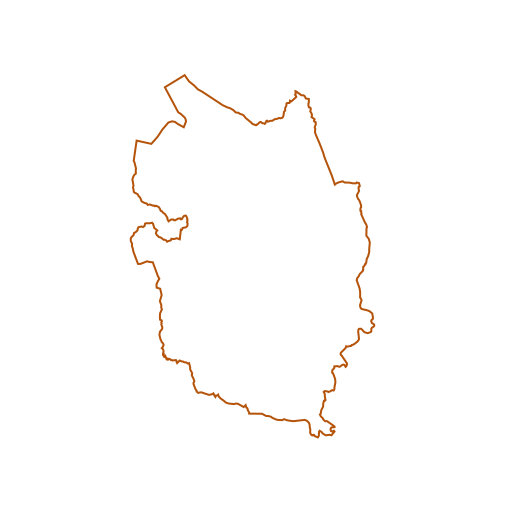 Fianarantsoa I, Haute Matsiatra, Madagascar (Equal Earth projection), rotated 159°
{"feature_id": "10022922B21478747844721", "entity_name": "Fianarantsoa I", "entity_type": "district", "adm_level": 2, "iso_a3": "MDG", "parent_name": "Madagascar", "parent_adm1": "Haute Matsiatra", "projection": "equal_earth", "projection_center": [47.084, -21.453], "detail": "fine", "context": "isolated", "style": "outline", "palette": "amber", "viewbox_px": 512, "rotation_deg": 159, "n_neighbors": 0, "source": "geoboundaries", "source_scale": "gbopen_adm2", "svg_char_len": 6111}
<svg xmlns="http://www.w3.org/2000/svg" viewBox="0 0 512 512"><g transform="rotate(159 256 256)"><path d="M280.6,446.2L277.1,418.0L275.4,415.8L272.9,410.7L272.7,409.4L273.1,406.7L277.3,402.1L281.4,406.9L283.6,410.2L286.0,411.8L290.0,412.0L298.1,407.6L305.1,402.6L313.5,398.2L326.1,406.5L336.1,388.6L335.9,386.9L336.7,380.6L337.4,379.5L338.7,375.9L340.2,375.5L342.0,374.2L343.9,371.9L345.2,365.5L346.4,363.8L346.5,362.0L347.1,359.6L346.4,358.4L344.4,356.2L344.1,353.9L343.4,352.5L343.2,351.4L343.2,348.0L340.9,345.3L339.3,344.3L338.8,342.5L336.7,342.2L334.3,340.0L333.4,339.9L332.6,338.7L331.4,338.8L329.3,336.6L328.8,334.7L328.8,332.7L328.6,332.1L327.9,331.7L327.3,329.8L325.9,327.7L325.0,323.4L325.5,322.2L325.2,319.7L322.0,320.5L320.0,319.6L319.7,318.7L318.7,318.3L315.7,318.8L314.2,318.6L313.3,318.2L313.2,317.3L312.4,317.0L311.6,317.2L311.1,317.9L308.9,319.2L307.5,319.1L306.9,318.7L306.7,315.6L307.3,314.6L307.1,314.2L307.7,312.8L308.3,312.4L308.2,310.7L309.4,308.6L311.1,307.9L314.5,308.5L315.5,307.2L316.4,306.8L316.8,307.3L321.2,298.9L323.6,301.0L326.4,301.2L328.8,302.4L329.5,301.4L330.6,301.1L332.0,301.4L333.9,301.2L334.1,302.5L335.8,304.2L336.5,304.3L337.8,306.7L338.7,307.8L339.9,308.5L340.5,310.2L341.1,311.0L341.3,313.0L340.4,314.4L339.0,315.3L340.9,318.6L340.6,323.1L341.1,324.3L343.3,324.6L347.2,326.1L348.1,325.9L349.2,324.0L351.1,323.5L352.1,324.5L355.4,325.0L356.7,323.8L357.1,322.8L357.7,322.3L360.0,321.3L361.5,321.3L362.8,319.4L365.6,318.2L366.7,317.2L367.5,314.8L367.3,311.8L368.3,309.8L368.3,307.3L368.9,304.2L369.0,290.9L366.6,290.0L359.6,290.1L357.9,288.8L354.6,287.1L354.8,272.4L354.4,269.4L356.7,267.6L359.0,265.3L360.1,262.1L357.2,259.8L358.1,253.3L361.9,248.3L362.0,244.1L363.0,241.6L363.0,239.8L366.0,237.0L367.3,234.3L368.4,230.9L367.2,229.8L367.2,228.8L368.1,228.1L368.3,226.8L368.9,226.1L369.0,223.1L369.7,221.6L372.7,219.8L374.4,217.1L375.0,212.8L374.8,209.3L374.1,207.8L374.1,206.1L376.0,204.2L377.0,203.7L376.2,202.1L376.3,200.5L377.2,199.2L377.1,198.3L377.8,198.1L378.3,197.2L377.8,196.0L376.8,196.1L376.4,195.6L376.6,195.0L377.9,195.0L377.8,194.5L376.6,194.0L376.1,193.1L375.9,192.5L376.5,192.3L376.5,191.5L375.4,190.7L374.3,191.3L373.5,190.9L372.6,189.2L372.0,189.1L371.6,188.5L368.0,187.5L367.8,186.5L368.1,185.8L368.0,184.3L364.7,185.8L363.3,184.3L362.0,183.7L361.0,182.4L359.4,181.8L358.2,180.0L356.9,180.0L357.3,175.8L358.1,173.8L357.6,169.6L358.0,168.5L358.5,168.2L358.7,167.3L358.3,163.3L358.4,161.6L358.7,160.8L359.7,160.1L360.2,158.9L360.2,153.2L359.7,151.5L360.0,150.8L359.1,149.0L356.0,148.4L349.7,143.2L346.9,142.7L345.0,143.0L344.8,140.2L344.4,139.0L343.4,140.1L341.7,139.6L341.1,140.0L341.1,138.0L340.1,135.7L338.0,132.5L336.6,129.9L334.6,128.2L329.6,125.6L327.8,125.5L325.9,124.6L321.6,119.4L319.1,120.5L319.3,117.9L318.7,117.2L318.6,116.3L318.9,115.2L318.5,112.1L318.9,111.3L307.0,106.6L303.8,103.0L301.5,102.0L299.7,100.6L298.6,98.9L295.4,95.8L294.0,95.0L290.5,93.4L288.3,93.6L285.7,91.4L280.6,88.5L269.2,85.5L267.7,84.2L266.4,81.5L266.4,79.4L267.2,76.8L267.4,74.8L268.8,71.5L268.5,69.4L267.9,68.5L267.4,68.2L267.2,68.5L266.4,68.5L265.9,68.1L265.6,66.7L263.3,64.5L261.8,65.6L260.2,69.2L259.3,70.0L258.0,68.5L257.5,67.2L257.5,66.6L255.2,63.6L251.3,62.7L249.8,61.6L245.6,64.0L245.9,65.0L247.9,64.9L248.7,65.7L248.6,67.3L247.8,68.5L246.9,68.9L244.0,68.1L243.8,68.8L248.9,76.4L250.6,76.9L251.8,79.3L251.7,80.2L253.0,83.2L253.1,85.1L252.4,85.2L250.2,88.8L247.4,91.2L246.1,94.1L244.8,96.1L244.5,96.4L243.8,96.1L243.3,96.9L242.7,96.8L242.0,100.5L241.2,102.7L241.5,104.8L240.4,105.3L239.5,104.9L237.4,103.7L237.2,103.1L235.5,103.0L233.1,103.5L231.8,102.6L231.2,102.9L230.1,104.3L230.0,105.0L227.1,109.7L226.2,112.9L226.1,117.6L226.3,119.4L226.6,119.5L226.6,120.0L225.8,121.9L223.1,123.4L222.4,124.9L219.4,124.0L218.1,122.8L217.4,122.6L214.5,123.4L213.2,123.3L212.4,122.5L212.1,120.4L211.0,120.8L209.8,122.5L209.6,123.2L211.7,132.4L212.2,133.1L212.0,134.6L211.4,135.3L205.5,137.9L204.2,139.4L203.5,138.7L199.2,138.0L198.6,138.6L196.9,138.4L195.3,138.7L192.1,139.7L190.3,140.8L189.5,141.8L187.7,148.8L187.0,150.2L186.0,151.1L183.9,150.4L182.1,146.0L179.3,143.9L176.0,143.9L175.3,144.4L174.4,146.8L173.5,147.5L171.2,148.0L170.6,148.5L170.3,149.3L170.5,150.1L171.8,151.8L171.8,153.9L171.4,154.6L169.3,155.5L168.7,157.3L168.1,160.7L169.6,163.5L171.3,165.2L176.5,168.8L177.0,170.8L176.5,172.8L173.3,176.9L173.3,178.5L173.7,179.8L171.7,185.0L170.9,188.6L170.7,197.3L169.3,199.2L167.6,200.1L165.7,201.9L161.3,204.0L161.2,204.7L160.7,205.0L159.9,207.4L158.6,207.8L157.2,209.2L156.8,209.0L156.3,209.9L155.6,210.1L153.7,213.5L151.2,215.9L148.7,219.4L148.2,221.1L144.9,227.9L144.6,231.6L145.7,235.4L142.9,242.3L142.0,243.2L141.8,246.0L142.3,248.5L142.8,257.5L142.2,258.1L141.9,259.8L142.2,260.4L141.8,260.6L142.1,261.8L140.9,263.6L140.5,263.7L139.7,265.7L139.6,269.7L139.8,271.6L140.2,272.6L140.3,275.5L139.9,276.8L136.7,279.6L136.3,280.4L136.2,281.9L135.5,283.6L134.1,284.0L133.7,287.1L135.5,288.5L136.5,288.0L139.5,289.1L142.6,291.1L146.9,292.8L148.3,294.7L152.3,295.1L155.0,295.0L156.8,294.4L156.4,304.2L156.7,323.4L156.3,328.4L156.3,338.4L156.7,347.4L156.6,350.4L155.1,353.5L155.1,355.1L153.0,357.5L152.3,359.6L153.3,360.5L153.5,361.4L152.3,362.7L154.4,365.8L153.5,366.8L153.0,369.0L153.5,371.6L152.1,373.7L152.1,375.0L153.3,375.8L153.1,377.8L152.5,379.5L151.7,380.3L150.4,383.6L153.0,385.2L153.4,388.2L154.4,389.2L156.0,389.8L159.5,395.2L160.1,395.7L160.9,393.0L161.7,392.6L161.3,390.4L161.7,389.9L167.5,387.7L168.6,388.8L169.4,387.2L169.9,386.9L172.4,387.7L173.0,387.3L173.7,385.6L175.8,383.6L176.6,381.4L178.3,380.5L179.7,377.7L181.0,376.1L182.2,375.6L184.0,375.8L184.9,376.6L186.9,376.5L189.5,377.0L192.3,376.4L193.9,377.0L196.7,377.1L197.2,378.4L198.0,378.3L199.8,376.4L200.5,376.3L200.6,376.7L202.5,377.7L203.3,379.2L203.9,379.6L205.4,379.3L206.9,378.5L208.4,378.4L208.7,378.0L209.3,378.2L212.1,380.7L212.5,382.0L216.1,388.4L217.2,391.7L218.0,392.8L219.9,394.3L221.1,396.0L223.5,397.3L224.9,400.4L227.6,403.7L229.3,404.8L233.1,408.8L247.5,428.9L250.6,432.5L252.6,437.3L256.0,443.1L257.8,450.4L280.6,446.2Z" fill="none" stroke="#b45309" stroke-width="2"/></g></svg>